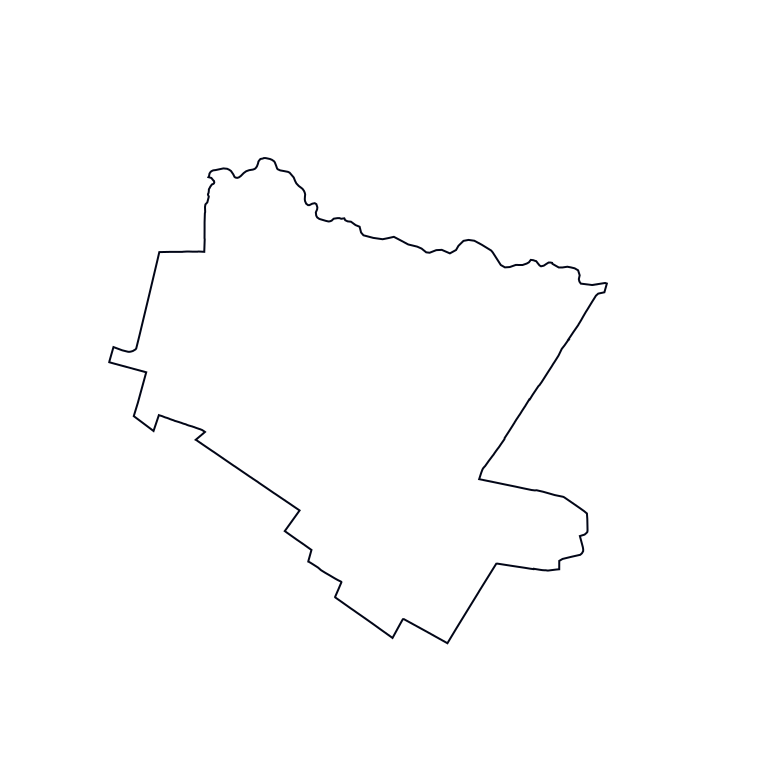 the district of Comisani, Dâmbovita, Romania, rotated 337°
{"feature_id": "2599482B43489877129749", "entity_name": "Comisani", "entity_type": "district", "adm_level": 2, "iso_a3": "ROU", "parent_name": "Romania", "parent_adm1": "Dâmbovita", "projection": "orthographic", "projection_center": [25.562, 44.869], "detail": "fine", "context": "isolated", "style": "outline", "palette": "ink", "viewbox_px": 768, "rotation_deg": 337, "n_neighbors": 0, "source": "geoboundaries", "source_scale": "gbopen_adm2", "svg_char_len": 6022}
<svg xmlns="http://www.w3.org/2000/svg" viewBox="0 0 768 768"><g transform="rotate(337 384 384)"><path d="M462.0,619.8L470.1,622.1L472.9,623.0L476.2,615.3L480.0,614.8L489.1,616.3L497.9,617.9L500.0,617.2L502.0,615.7L502.8,613.9L503.3,611.8L504.9,600.5L509.8,601.0L512.3,600.2L513.4,599.6L514.2,598.2L518.4,587.7L520.2,582.5L518.5,579.2L515.5,574.3L505.6,558.7L504.8,557.8L497.7,552.9L493.4,549.4L488.3,545.3L482.9,541.4L481.3,540.9L478.5,539.3L471.7,534.6L464.6,529.6L456.6,524.1L447.8,518.0L434.4,508.8L438.9,503.6L441.1,501.3L442.3,500.3L442.8,500.1L443.6,499.7L444.1,499.4L444.8,499.2L446.4,498.2L447.7,497.4L448.2,497.1L449.0,496.6L450.1,495.9L455.8,492.6L457.3,491.8L458.6,490.9L460.4,489.8L461.0,489.4L461.7,489.0L462.4,488.6L463.2,488.1L464.7,487.3L466.3,486.3L468.1,485.1L472.9,482.1L473.2,481.9L473.6,481.5L473.9,480.9L480.0,476.8L486.7,472.2L486.8,472.1L487.5,471.6L488.0,471.3L488.6,470.9L489.3,470.3L491.2,469.0L491.3,468.9L491.7,468.6L492.0,468.4L492.5,468.1L492.8,467.9L495.1,466.4L495.8,465.9L496.1,465.7L496.3,465.6L496.7,465.4L499.3,463.6L499.8,463.2L504.4,460.1L505.4,459.5L506.0,459.0L511.8,454.9L512.0,455.2L512.8,454.7L516.3,452.2L525.3,446.3L527.1,445.6L527.6,445.2L529.6,444.0L538.2,438.1L540.1,436.8L545.0,433.5L548.2,431.2L548.6,431.0L551.5,429.0L555.8,426.0L561.4,421.1L564.7,419.3L565.1,419.1L569.4,416.4L570.6,415.7L571.2,415.5L570.9,415.2L574.2,413.1L578.9,410.0L585.9,405.6L586.7,404.9L587.6,404.3L590.5,402.2L592.8,400.4L598.0,396.5L600.2,395.0L607.6,389.7L611.2,387.2L613.6,385.5L616.5,384.5L622.7,385.7L628.4,378.6L627.0,377.4L614.2,374.2L604.4,368.5L603.9,366.1L604.3,363.6L606.6,360.4L607.1,355.2L604.7,352.0L601.6,349.7L598.6,347.7L593.6,346.4L590.4,345.0L588.4,342.4L586.0,339.2L586.1,338.2L584.8,337.3L583.0,336.5L580.4,336.9L577.3,337.5L574.5,337.0L573.5,335.6L572.7,332.8L572.1,330.4L571.2,329.7L569.7,328.3L567.6,327.1L565.0,328.6L562.5,328.9L558.1,328.6L556.1,327.8L551.9,325.9L545.7,325.5L545.2,325.4L540.9,323.9L538.0,320.1L535.5,305.3L534.8,303.0L528.4,294.0L523.1,287.4L518.1,284.4L513.1,283.3L506.5,285.9L502.7,288.8L495.7,289.5L489.6,283.1L484.4,281.2L477.3,281.0L474.3,279.3L471.5,274.0L468.2,270.5L460.8,265.0L456.0,259.0L450.6,252.4L444.6,251.3L439.3,250.2L431.2,245.3L423.2,239.1L422.1,235.6L423.0,229.7L419.9,226.6L417.0,221.7L414.1,220.1L412.3,218.1L412.2,216.0L409.2,215.2L407.8,213.9L405.8,213.1L402.4,212.2L401.1,212.6L399.6,213.2L397.7,213.1L396.4,212.7L394.2,211.1L389.0,206.8L387.6,204.6L387.4,202.5L388.3,199.4L390.7,197.1L391.7,195.3L392.0,192.0L390.9,190.5L388.4,190.0L385.2,190.2L384.0,189.7L382.8,187.6L382.8,184.7L383.3,182.9L384.4,180.7L385.5,178.7L385.8,176.8L385.8,175.0L385.3,172.7L384.6,171.3L382.9,168.4L381.7,165.1L381.5,162.3L381.6,158.6L379.7,152.6L378.5,151.2L375.1,148.9L371.9,146.8L370.0,144.7L369.8,143.7L370.0,140.9L370.1,137.3L369.8,136.0L368.4,133.8L366.9,132.3L363.5,129.9L361.8,129.1L360.5,129.1L358.2,128.6L357.1,129.1L355.4,130.1L354.1,131.9L352.0,134.1L350.1,135.2L349.0,135.5L347.1,135.4L343.5,134.5L340.3,134.3L337.3,135.0L333.4,136.6L331.1,137.1L329.4,136.9L327.9,135.9L327.3,134.9L327.2,132.2L326.4,128.2L325.3,126.4L323.7,124.6L320.4,122.8L312.7,121.3L310.2,120.6L308.2,120.7L306.9,121.2L305.6,122.1L304.3,124.1L303.2,125.0L304.0,125.6L305.6,126.9L306.5,130.1L306.8,130.5L306.6,132.0L305.8,132.9L305.1,133.1L303.8,133.1L303.4,133.1L302.4,133.8L301.3,134.4L300.3,135.3L299.7,135.7L299.2,136.1L298.8,136.5L298.3,137.6L297.5,139.0L297.1,139.6L296.1,140.5L296.0,140.9L295.9,141.4L295.9,142.1L296.0,142.6L296.0,142.9L295.8,143.2L295.7,143.4L292.3,147.8L289.8,148.9L288.4,151.1L286.7,155.5L286.4,156.1L285.9,156.7L285.1,158.4L282.0,165.1L279.2,171.7L275.7,179.8L275.6,180.4L275.6,180.5L270.2,192.1L265.5,189.8L264.5,189.4L263.9,189.3L261.2,188.1L260.0,187.6L259.3,187.3L256.3,185.9L253.9,184.9L250.6,183.7L250.1,183.6L248.6,183.0L240.0,179.3L228.7,174.8L223.9,181.4L203.0,209.8L178.0,243.6L169.8,254.5L168.7,255.1L167.8,255.2L165.7,255.5L163.9,255.3L162.5,255.0L161.1,254.4L156.2,250.7L152.6,247.3L149.4,244.3L140.2,255.7L139.6,256.6L142.2,258.7L169.7,280.3L159.9,292.7L150.1,305.1L141.1,315.8L146.1,324.4L153.5,337.2L164.6,324.7L164.9,325.0L167.0,326.7L168.6,328.3L168.9,328.6L169.6,329.3L171.0,330.4L171.3,330.7L171.8,331.1L172.0,331.4L172.6,331.9L173.2,332.6L173.5,332.9L173.9,333.2L174.5,333.8L175.2,334.4L175.9,335.0L176.5,335.6L176.8,336.0L177.9,336.9L178.2,337.1L179.0,337.8L179.5,338.2L180.1,338.7L180.7,339.2L181.1,339.6L182.2,340.5L182.6,340.9L183.5,341.8L184.2,342.4L184.7,342.8L185.0,343.0L185.7,343.6L185.9,343.8L186.4,344.3L186.7,344.7L187.7,345.6L188.4,346.2L189.2,346.8L189.9,347.4L190.8,348.1L191.2,348.4L191.5,348.8L192.3,349.4L192.9,350.0L193.6,350.7L194.3,351.3L195.0,352.0L195.5,352.4L196.0,352.8L196.2,353.1L197.0,353.7L197.3,354.0L197.8,354.5L198.0,354.7L198.2,354.9L198.5,355.2L198.8,355.6L200.4,358.0L200.5,358.2L189.2,361.7L188.9,361.8L189.3,362.3L194.6,370.6L200.2,379.3L200.4,379.5L207.5,390.7L214.0,400.9L214.2,401.1L219.7,409.7L224.3,416.9L224.7,417.5L225.0,417.9L225.4,418.5L225.5,418.6L226.1,419.7L226.5,420.2L226.6,420.4L229.9,425.4L230.0,425.7L234.9,433.3L240.5,442.1L240.7,442.3L256.9,467.4L256.6,467.6L235.4,480.5L235.2,480.6L236.5,482.8L242.9,493.2L247.1,499.8L252.2,508.1L252.4,508.4L247.3,514.8L245.6,516.9L244.9,517.9L245.5,518.5L246.6,520.0L247.8,521.7L250.0,524.9L251.5,527.1L252.4,528.9L252.9,530.0L253.3,530.8L256.2,534.9L259.0,538.6L261.2,541.6L263.2,544.3L265.1,546.7L267.2,549.1L267.4,549.4L267.4,549.6L267.3,549.9L265.0,552.1L261.8,555.2L258.1,558.7L255.7,561.0L255.8,561.5L257.6,564.4L262.3,572.0L265.5,577.2L268.0,581.1L269.4,583.4L272.3,588.0L276.8,595.2L280.5,601.2L284.3,607.5L291.1,618.6L291.5,619.2L292.6,621.1L293.0,620.8L305.5,610.9L309.4,607.9L310.4,608.2L325.7,627.6L341.1,647.4L341.5,647.1L354.9,637.4L361.9,632.4L390.3,612.2L390.5,612.0L417.1,593.3L418.1,593.6L431.5,601.9L442.1,608.4L446.2,611.0L449.4,612.9L449.7,612.6L451.2,613.6L453.6,615.1L455.2,616.1L457.2,617.3L459.4,618.4L460.2,618.7L461.1,619.3L462.0,619.8Z" fill="none" stroke="#020617" stroke-width="2"/></g></svg>